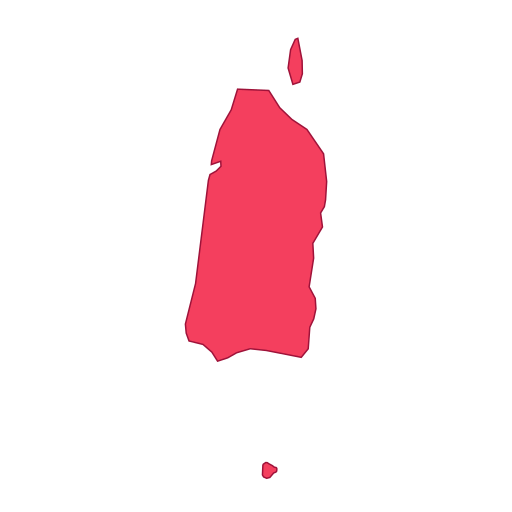 outline of Puerto Rico, rotated 275°
{"feature_id": "PRI", "entity_name": "Puerto Rico", "entity_type": "country or territory", "adm_level": 0, "iso_a3": "PRI", "parent_name": "North America", "parent_adm1": "", "projection": "equal_earth", "projection_center": [-66.749, 18.235], "detail": "fine", "context": "isolated", "style": "filled", "palette": "rose", "viewbox_px": 512, "rotation_deg": 275, "n_neighbors": 0, "source": "natural_earth", "source_scale": "50m", "svg_char_len": 982}
<svg xmlns="http://www.w3.org/2000/svg" viewBox="0 0 512 512"><g transform="rotate(275 256 256)"><path d="M337.1,208.9L342.3,213.3L347.3,212.6L343.2,203.5L347.0,203.5L378.9,209.1L399.5,218.6L420.6,223.1L422.0,254.3L405.8,266.7L395.2,279.8L386.5,295.7L363.7,314.4L336.3,319.9L318.0,320.4L311.1,319.8L304.5,316.6L290.7,319.7L273.6,311.5L258.9,313.6L229.9,311.6L219.0,318.7L208.6,320.3L198.4,319.0L189.7,315.8L168.1,316.1L159.0,309.9L162.8,274.4L163.1,258.3L157.9,245.1L152.1,236.7L147.9,226.9L156.4,220.4L163.3,210.9L165.5,196.7L173.1,193.2L182.0,191.6L223.2,198.2L327.3,202.0L333.2,203.1L337.1,208.9ZM454.7,284.9L441.6,286.3L433.1,284.5L430.2,277.8L446.1,271.6L464.6,272.5L475.2,276.2L476.5,278.7L454.7,284.9ZM46.3,295.2L44.7,295.4L43.1,295.2L42.4,294.5L41.4,292.5L36.6,289.1L35.5,286.0L36.6,282.8L38.5,281.5L48.2,281.1L49.2,281.4L51.1,283.7L51.1,285.3L50.2,286.8L48.5,290.8L47.8,291.7L47.2,292.8L47.0,294.5L46.3,295.2Z" fill="#f43f5e" stroke="#9f1239" stroke-width="1.5"/></g></svg>